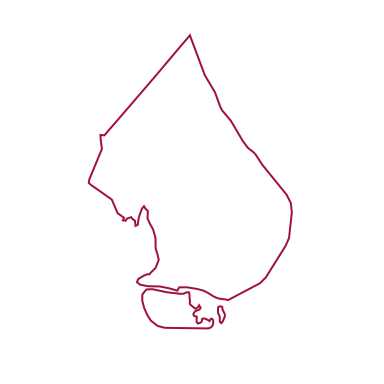 outline of Al Jahrah, rotated 122°
{"feature_id": "KWT-1667", "entity_name": "Al Jahrah", "entity_type": "Province", "adm_level": 1, "iso_a3": "KWT", "parent_name": "Kuwait", "parent_adm1": "", "projection": "equal_earth", "projection_center": [47.841, 29.537], "detail": "fine", "context": "isolated", "style": "outline", "palette": "rose", "viewbox_px": 384, "rotation_deg": 122, "n_neighbors": 0, "source": "natural_earth", "source_scale": "10m", "svg_char_len": 2011}
<svg xmlns="http://www.w3.org/2000/svg" viewBox="0 0 384 384"><g transform="rotate(122 192 192)"><path d="M225.2,84.1L233.4,86.0L264.5,104.1L265.6,107.3L267.1,110.2L268.5,114.0L269.1,118.0L269.1,125.1L269.5,129.7L271.4,136.0L275.2,145.2L279.6,152.3L283.4,152.1L285.9,160.7L289.2,169.3L295.3,179.5L298.1,187.0L297.6,190.9L294.3,191.5L288.4,188.5L285.4,186.3L284.5,184.6L281.6,184.1L278.1,183.2L275.5,182.7L267.1,184.3L262.8,188.6L259.2,192.9L250.3,198.6L244.3,205.2L241.1,211.1L238.0,215.7L231.5,219.4L230.9,222.4L229.5,225.2L232.7,225.6L238.1,224.5L242.1,223.5L245.3,222.1L248.6,220.6L250.6,222.0L246.5,225.3L246.5,227.6L245.6,230.3L249.1,233.1L251.6,233.1L251.8,233.7L252.6,235.6L249.9,236.0L249.3,244.0L240.9,256.0L239.5,282.0L238.9,284.5L235.5,285.8L203.2,291.2L196.2,297.0L192.1,299.9L190.4,296.3L182.2,295.1L167.8,292.8L153.4,290.6L139.0,288.4L124.7,286.2L108.5,283.8L92.4,281.5L76.3,279.2L60.2,276.8L64.4,271.4L86.2,243.0L95.3,225.3L104.6,213.4L106.8,209.7L111.1,196.6L121.9,175.8L124.7,168.6L125.1,166.7L125.7,160.9L126.4,158.1L131.7,146.7L144.1,110.5L149.0,102.3L156.6,96.4L179.7,85.3L188.0,84.1L225.2,84.1ZM322.9,158.7L320.1,164.5L315.7,171.1L310.4,176.7L305.1,179.8L304.1,179.7L298.8,179.0L295.4,174.1L290.3,160.1L284.3,147.5L283.5,146.4L282.7,145.2L279.8,143.3L278.7,141.3L281.4,139.0L283.1,138.0L286.2,135.4L287.8,134.9L288.4,133.8L289.2,127.2L286.9,126.1L285.7,125.9L284.3,126.0L285.7,123.2L287.8,123.4L291.3,126.0L292.9,126.3L294.9,126.1L296.0,124.8L295.2,121.8L297.8,120.5L299.9,119.0L300.4,117.3L298.1,115.4L296.5,115.1L294.6,116.2L293.2,115.4L292.6,114.1L292.2,112.1L292.1,110.1L292.2,108.8L292.2,108.7L289.7,108.8L289.3,108.4L288.8,107.9L289.4,106.5L291.2,104.9L293.3,103.9L295.3,103.8L297.3,104.5L299.2,106.1L321.6,143.1L323.8,150.1L322.9,158.7ZM283.4,102.2L282.4,103.2L281.1,105.4L280.4,106.1L276.5,108.5L275.4,108.7L274.4,108.0L273.6,106.7L273.4,105.5L275.4,103.9L278.3,99.3L279.9,98.3L285.5,97.3L287.7,97.6L287.3,99.6L283.4,102.2Z" fill="none" stroke="#9f1239" stroke-width="2"/></g></svg>